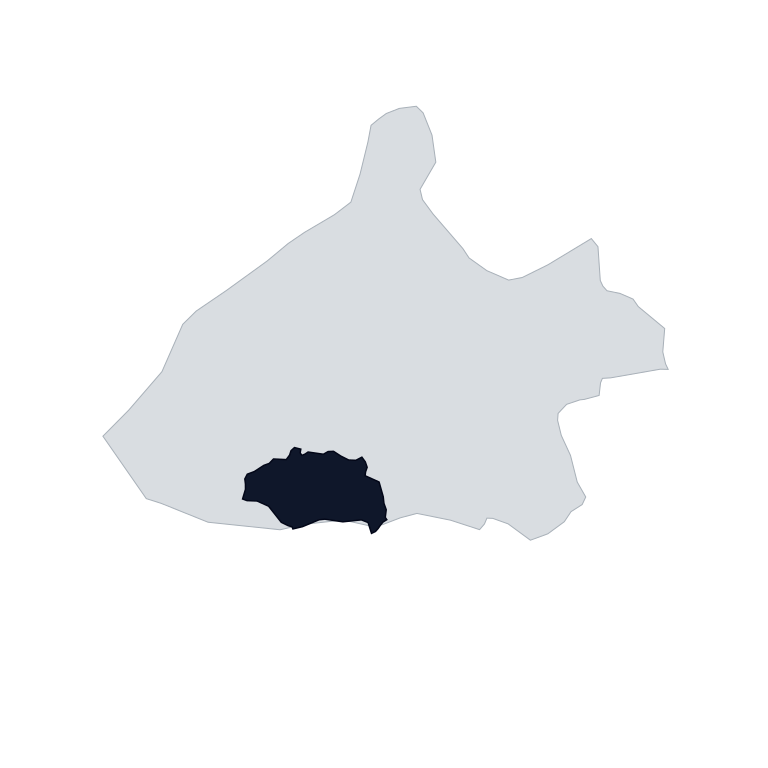 Rutana on a map of Burundi (orthographic projection), rotated 54°
{"feature_id": "BDI-2634", "entity_name": "Rutana", "entity_type": "Province", "adm_level": 1, "iso_a3": "BDI", "parent_name": "Burundi", "parent_adm1": "", "projection": "orthographic", "projection_center": [30.114, -3.886], "detail": "fine", "context": "in_parent", "style": "filled", "palette": "ink", "viewbox_px": 768, "rotation_deg": 54, "n_neighbors": 0, "source": "natural_earth", "source_scale": "10m", "svg_char_len": 1828}
<svg xmlns="http://www.w3.org/2000/svg" viewBox="0 0 768 768"><g transform="rotate(54 384 384)"><path d="M539.2,145.5L534.4,151.8L512.2,197.1L507.8,204.0L510.3,208.1L519.7,216.7L514.2,231.0L512.0,234.8L507.8,248.2L510.1,260.4L515.4,264.9L529.8,270.8L551.4,275.1L576.9,285.3L594.0,287.2L598.0,294.5L597.2,307.7L601.4,319.1L601.5,339.5L596.4,357.4L570.1,365.8L556.6,375.0L553.0,379.6L556.3,385.0L558.0,392.3L533.3,410.2L508.0,433.5L501.9,449.3L496.9,467.9L489.4,479.8L470.1,496.9L450.4,531.4L440.8,553.8L392.4,607.6L349.5,634.5L337.0,643.7L261.0,642.1L255.1,605.9L243.5,556.4L217.4,511.7L214.6,493.0L215.7,456.9L215.8,406.2L214.0,379.0L214.6,359.1L217.9,324.5L217.4,303.9L200.2,280.1L178.8,254.8L167.1,242.4L166.5,232.4L166.5,223.2L170.0,209.7L178.3,194.6L187.7,193.0L210.9,198.9L235.0,211.7L247.7,240.4L257.5,244.5L275.3,244.4L320.7,240.6L332.0,241.1L352.7,234.2L373.2,222.1L379.1,209.5L383.9,181.4L388.2,130.8L398.7,130.2L427.4,148.2L433.5,149.4L439.6,148.8L449.5,139.8L461.7,132.6L470.8,132.8L504.1,124.3L521.9,139.6L533.2,144.4L539.2,145.5Z" fill="#d9dde1" stroke="#a8b0b8" stroke-width="1"/><path d="M495.4,461.5L495.1,466.0L496.2,470.1L497.5,473.8L498.3,477.6L497.5,481.9L486.7,478.3L480.6,482.2L471.3,498.3L458.6,511.3L455.7,516.3L451.5,533.8L447.7,542.9L445.5,542.3L442.3,544.8L435.5,548.4L415.0,549.2L404.0,555.5L397.8,563.4L393.9,566.0L387.8,558.0L383.5,554.9L379.0,552.4L376.6,547.6L378.6,540.4L379.2,529.0L380.8,523.5L379.7,517.5L387.7,507.5L386.0,502.1L383.3,498.4L382.8,493.8L387.8,489.6L390.4,492.3L393.5,492.4L394.3,489.0L394.4,485.4L405.2,474.3L405.8,468.9L408.8,464.4L416.9,461.3L424.8,457.2L429.2,451.6L430.2,444.9L436.0,444.9L441.5,446.6L444.2,450.5L447.1,453.2L460.4,445.6L474.8,450.9L480.5,454.2L487.0,456.1L492.7,461.4L495.3,461.5L495.4,461.5Z" fill="#0f172a" stroke="#020617" stroke-width="1.5"/></g></svg>